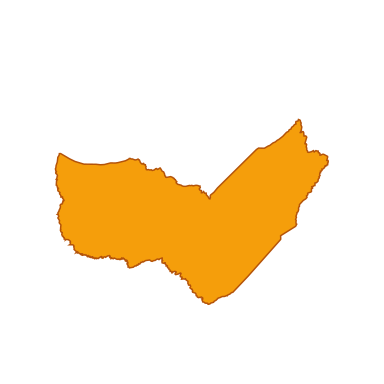 outline of Isiolo South, Eastern, Kenya, rotated 236°
{"feature_id": "3690345B50246984625368", "entity_name": "Isiolo South", "entity_type": "district", "adm_level": 2, "iso_a3": "KEN", "parent_name": "Kenya", "parent_adm1": "Eastern", "projection": "equal_earth", "projection_center": [38.678, 0.562], "detail": "fine", "context": "isolated", "style": "filled", "palette": "amber", "viewbox_px": 384, "rotation_deg": 236, "n_neighbors": 0, "source": "geoboundaries", "source_scale": "gbopen_adm2", "svg_char_len": 5969}
<svg xmlns="http://www.w3.org/2000/svg" viewBox="0 0 384 384"><g transform="rotate(236 192 192)"><path d="M191.2,269.2L181.1,215.4L179.5,210.1L179.1,205.7L178.4,204.7L177.4,204.4L176.3,203.0L176.8,202.5L179.3,202.7L181.6,202.3L183.2,203.1L183.9,201.8L185.9,201.9L185.6,200.3L186.1,199.4L187.9,200.6L189.1,199.6L190.1,199.6L190.6,199.9L191.0,201.3L192.6,201.9L192.8,201.2L194.0,200.6L195.3,199.1L196.5,196.3L197.6,195.6L197.9,194.6L198.9,193.5L200.1,190.1L201.5,188.1L202.6,187.2L203.6,186.9L206.5,184.4L208.5,184.0L209.1,185.2L210.3,184.9L211.6,185.1L212.3,184.6L213.2,184.8L214.0,184.2L214.6,184.3L216.7,182.9L218.3,179.1L219.0,178.5L219.9,178.9L220.7,178.5L222.2,179.3L224.5,179.7L225.9,178.9L229.6,179.1L229.9,178.5L229.8,177.0L230.1,175.9L231.2,175.8L231.6,175.0L231.4,173.0L232.1,171.0L233.3,170.6L233.7,169.4L235.0,168.4L235.5,167.2L236.1,166.7L238.0,167.3L238.9,168.2L239.9,168.1L240.7,168.6L241.7,167.6L242.7,167.9L243.0,167.6L242.9,166.6L243.5,166.0L245.3,165.7L248.0,166.3L248.4,165.8L249.5,165.7L249.7,164.3L250.4,162.7L252.8,161.0L253.4,160.0L254.5,159.5L254.9,158.7L254.6,158.3L255.1,154.3L257.8,146.9L258.9,144.6L261.6,140.8L263.8,134.7L265.8,131.3L268.6,128.0L275.5,118.0L282.7,112.1L287.9,109.1L297.3,104.6L298.0,103.5L296.8,102.4L295.8,100.2L292.1,97.0L290.0,94.2L288.1,92.6L287.5,91.6L286.4,91.4L285.8,90.8L284.8,91.0L284.4,90.0L283.9,90.0L283.5,89.5L282.1,89.9L280.6,89.5L279.9,88.4L279.2,88.0L278.3,86.4L277.5,87.1L276.8,85.8L273.6,83.3L273.1,83.7L271.1,83.0L270.2,83.2L270.0,82.7L269.4,82.9L269.4,82.3L268.0,81.5L265.5,82.2L264.6,81.2L262.8,81.3L261.8,80.9L261.2,81.3L261.0,80.7L260.1,81.8L259.2,81.2L257.5,81.4L256.8,80.2L256.4,80.7L255.8,79.0L255.2,78.5L255.2,78.0L254.7,77.4L255.2,76.1L254.7,75.2L253.8,75.0L252.4,73.8L251.1,71.5L250.6,71.2L249.8,69.3L248.8,68.8L248.8,67.8L248.0,68.3L246.4,68.0L245.5,66.3L242.4,66.2L240.7,64.7L238.0,64.9L235.2,62.6L234.3,62.3L234.1,61.6L232.2,61.1L231.0,61.7L229.6,60.3L227.9,59.9L227.3,60.4L226.4,60.1L225.6,60.5L224.5,59.7L223.3,60.8L223.0,60.4L223.0,61.1L221.6,62.9L219.1,63.6L218.3,62.7L217.7,62.8L216.7,61.6L216.7,61.0L215.1,63.4L214.2,64.0L213.0,63.9L212.8,63.4L210.7,62.6L210.3,62.1L207.0,62.9L206.6,62.0L206.4,63.6L205.5,63.0L205.3,63.9L203.9,64.2L202.3,66.1L202.1,65.0L201.0,65.6L201.1,66.4L200.6,66.3L199.9,68.2L199.4,68.1L198.7,69.2L197.4,69.1L197.3,70.1L196.6,69.7L196.5,70.7L195.8,70.6L195.6,71.2L195.3,70.9L195.1,71.5L194.5,71.4L194.3,72.6L193.9,73.4L193.5,73.3L193.3,72.5L192.5,73.0L192.3,74.0L191.2,73.9L190.9,74.7L191.1,75.5L190.1,75.6L189.7,77.0L189.3,77.1L189.4,80.2L189.1,80.9L188.7,81.1L188.0,80.3L186.9,81.1L187.4,82.6L187.0,83.5L186.2,83.8L186.2,86.4L185.6,87.3L185.6,87.9L184.6,88.2L184.0,87.3L183.6,87.3L183.5,87.7L182.9,87.6L182.5,88.4L182.0,87.8L181.8,88.6L180.7,89.3L180.8,90.5L178.0,92.3L177.7,93.3L176.6,94.0L176.7,94.9L176.0,95.2L176.6,97.0L176.3,97.1L175.8,96.4L175.7,97.8L175.0,97.4L174.6,98.5L172.9,98.4L172.8,99.0L172.3,99.4L171.8,98.6L171.3,99.7L170.7,99.1L169.6,99.5L169.1,98.3L168.3,98.6L168.1,97.8L166.6,97.9L165.6,97.0L164.9,97.8L164.1,97.7L162.5,101.2L162.6,103.3L161.9,104.3L162.3,105.2L161.6,106.2L162.3,107.6L161.7,108.0L161.5,108.5L162.3,110.3L161.7,111.0L161.9,112.2L161.2,112.6L161.1,115.2L159.3,118.9L157.5,119.5L156.8,120.2L156.5,122.0L155.9,123.1L155.9,125.2L155.5,126.3L154.4,126.8L154.6,128.0L154.0,130.3L153.4,130.1L152.4,129.0L151.7,129.3L151.3,128.3L150.0,127.6L148.4,129.0L148.7,129.7L148.3,130.2L147.2,129.6L146.3,129.8L145.2,129.2L144.9,130.2L144.5,130.3L143.8,129.7L142.8,129.5L141.7,130.1L140.6,129.6L139.3,130.2L138.4,129.5L137.4,130.8L136.8,130.3L136.1,130.2L136.3,131.7L136.1,132.9L135.5,133.8L134.6,134.2L134.4,134.2L134.1,133.0L133.5,132.1L132.6,132.3L131.7,134.7L131.4,136.9L131.0,137.3L130.6,137.3L129.2,135.4L128.3,135.0L126.9,136.1L125.6,134.6L124.8,136.2L123.9,137.2L123.7,138.1L122.6,137.9L120.2,138.7L118.6,137.5L117.7,137.5L117.0,137.1L116.5,137.3L115.7,138.5L114.5,138.1L113.7,136.7L112.4,137.0L111.8,137.6L111.2,137.3L110.8,137.6L109.6,137.3L109.3,136.7L108.6,136.5L106.2,138.3L105.4,138.3L103.7,137.5L103.1,138.0L102.1,137.7L100.9,138.2L99.6,141.1L98.2,141.6L97.7,141.3L97.9,140.3L97.0,140.6L96.7,139.9L94.7,139.5L94.3,140.2L92.5,140.8L91.0,142.7L90.1,142.5L89.6,143.0L89.2,144.5L89.4,145.5L88.5,148.2L89.0,149.3L88.8,151.4L89.4,154.5L88.8,156.2L88.5,158.5L87.2,160.6L86.7,163.0L86.3,163.1L86.6,164.2L86.2,166.6L86.5,168.5L86.0,169.7L90.9,191.6L103.0,238.6L103.3,239.2L106.2,241.0L105.6,258.7L106.7,260.7L107.0,260.4L108.7,261.2L110.4,262.6L111.3,262.5L112.7,264.5L113.7,264.6L115.6,267.1L116.3,267.5L116.3,268.6L117.0,269.7L117.8,270.6L119.1,271.3L119.8,272.2L120.0,273.0L121.5,274.1L122.8,279.5L122.7,282.4L123.1,283.9L123.3,284.4L124.7,284.7L125.0,286.5L126.0,287.0L126.3,287.5L125.5,290.5L125.6,291.3L128.0,292.9L128.2,293.3L127.7,293.8L127.8,294.2L129.4,294.4L128.9,295.5L129.1,296.3L128.6,297.5L130.7,299.0L130.1,300.4L130.5,302.5L132.0,303.8L132.6,305.5L133.6,305.8L134.0,307.3L134.8,307.4L136.3,308.6L136.1,309.4L137.4,310.1L137.0,311.0L137.4,312.1L138.1,312.4L137.8,312.6L138.1,315.5L138.8,316.3L138.7,317.2L139.2,317.3L138.6,318.4L139.0,318.8L138.7,319.7L140.2,320.7L140.1,321.0L141.1,322.0L142.1,322.4L142.8,321.4L145.2,324.1L145.8,324.3L149.7,322.2L150.3,321.3L150.6,319.3L151.0,318.7L152.3,319.6L153.2,319.5L153.9,318.8L155.4,319.5L156.2,318.4L157.0,317.9L156.9,315.7L158.4,315.8L158.6,313.6L159.5,311.0L160.4,310.2L161.3,310.7L162.7,310.6L164.3,311.7L165.5,311.9L167.3,313.6L168.0,313.6L168.6,312.7L169.1,312.8L173.3,317.8L174.8,317.7L175.8,316.2L179.0,317.9L179.9,317.9L180.3,317.4L180.3,315.6L180.8,315.0L181.9,316.9L184.5,319.4L186.9,319.9L188.2,321.1L189.2,321.1L190.2,321.6L191.3,321.7L192.6,320.8L191.6,319.6L192.3,317.6L191.4,316.7L190.3,316.3L190.6,314.5L190.0,313.0L189.9,310.7L188.9,309.4L189.2,307.3L188.3,305.9L188.6,303.7L187.4,298.5L187.0,293.3L187.2,291.7L186.9,289.1L187.4,286.6L187.1,282.4L187.5,281.0L187.8,276.5L191.2,271.7L191.2,269.2Z" fill="#f59e0b" stroke="#b45309" stroke-width="1.5"/></g></svg>